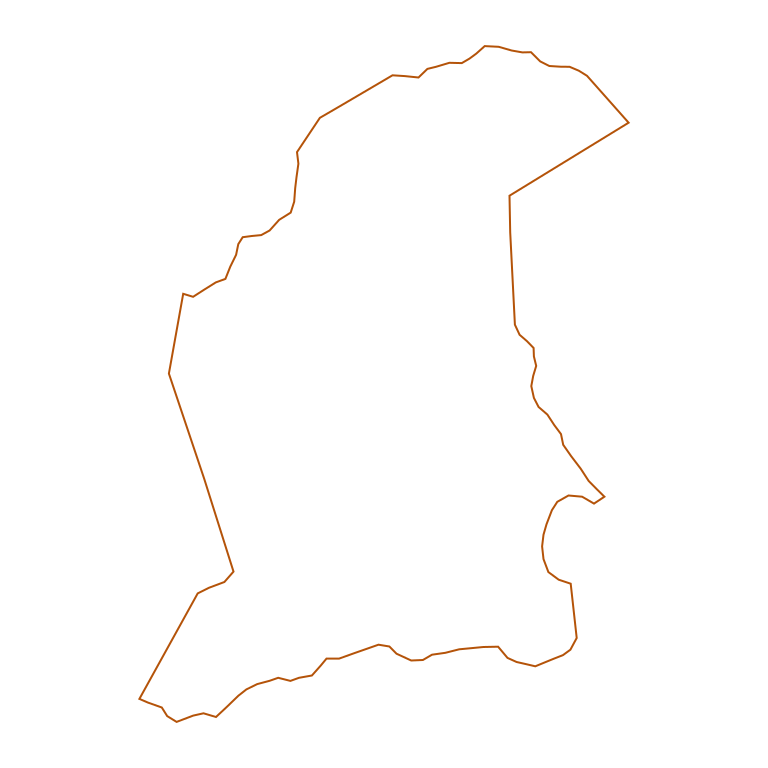 the district of Aparecida, Paraíba, Brazil
{"feature_id": "56859067B78543699669517", "entity_name": "Aparecida", "entity_type": "district", "adm_level": 2, "iso_a3": "BRA", "parent_name": "Brazil", "parent_adm1": "Paraíba", "projection": "orthographic", "projection_center": [-38.057, -6.786], "detail": "fine", "context": "isolated", "style": "outline", "palette": "amber", "viewbox_px": 768, "rotation_deg": 0, "n_neighbors": 0, "source": "geoboundaries", "source_scale": "gbopen_adm2", "svg_char_len": 1582}
<svg xmlns="http://www.w3.org/2000/svg" viewBox="0 0 768 768"><path d="M531.0,52.2L522.4,52.4L511.6,50.5L498.7,46.8L484.7,46.1L476.3,53.6L469.5,58.6L461.8,63.1L449.4,62.8L436.0,66.8L427.4,68.9L418.5,77.5L404.9,76.1L392.5,75.3L335.6,108.7L319.9,117.8L297.0,152.1L298.4,163.7L296.5,177.2L295.2,188.1L294.2,201.7L290.7,212.6L279.2,219.8L269.6,230.5L261.2,235.1L251.8,236.0L242.7,237.2L238.3,244.1L236.1,254.8L230.3,266.6L225.4,278.9L215.8,282.4L204.3,289.6L193.1,296.8L183.2,293.8L168.9,373.6L204.3,479.1L233.5,571.6L224.4,582.0L208.9,587.8L197.7,593.4L139.4,698.9L148.0,702.6L161.8,707.5L167.2,716.1L176.6,721.9L193.2,715.6L203.5,713.3L216.0,717.0L226.7,707.0L238.4,695.7L246.4,689.4L257.2,684.1L269.6,680.8L278.2,677.8L290.4,680.9L299.0,677.8L311.9,675.5L320.8,665.5L326.5,658.6L339.1,658.6L353.9,653.3L378.5,644.7L389.4,646.5L396.5,653.7L411.2,660.5L422.9,660.0L432.0,654.7L445.4,652.8L459.2,649.3L470.9,648.2L483.4,647.0L498.1,646.7L507.5,657.9L516.6,662.0L525.9,664.1L535.3,666.3L543.8,662.8L553.6,658.8L563.0,655.1L570.4,649.7L576.7,638.0L570.7,583.7L558.7,579.7L548.4,572.1L543.5,559.1L542.1,546.4L543.5,534.7L546.5,524.3L551.9,510.2L557.3,501.8L568.5,495.5L582.1,496.7L594.0,503.6L604.4,496.7L596.7,489.1L588.7,481.0L580.7,468.7L571.1,456.1L563.2,444.8L561.0,434.1L554.2,425.0L547.4,414.6L538.6,407.0L533.9,397.9L531.3,386.1L533.2,375.9L536.2,365.9L533.9,356.4L533.6,348.0L526.9,341.1L519.6,334.8L514.9,324.7L510.2,232.3L509.5,195.7L628.6,122.7L587.0,75.8L578.8,70.7L569.6,66.8L560.5,66.7L549.3,66.0L540.2,61.4L531.0,52.2Z" fill="none" stroke="#b45309" stroke-width="2"/></svg>